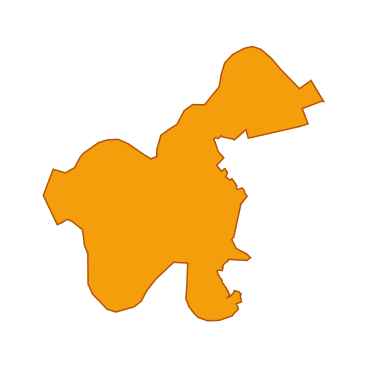 outline of Darayya, Rif Dimashq, Syria, rotated 79°
{"feature_id": "27442178B13792068888358", "entity_name": "Darayya", "entity_type": "district", "adm_level": 2, "iso_a3": "SYR", "parent_name": "Syria", "parent_adm1": "Rif Dimashq", "projection": "robinson", "projection_center": [36.249, 33.454], "detail": "fine", "context": "isolated", "style": "filled", "palette": "amber", "viewbox_px": 384, "rotation_deg": 79, "n_neighbors": 0, "source": "geoboundaries", "source_scale": "gbopen_adm2", "svg_char_len": 4378}
<svg xmlns="http://www.w3.org/2000/svg" viewBox="0 0 384 384"><g transform="rotate(79 192 192)"><path d="M128.5,45.4L105.2,53.9L111.1,66.8L96.0,76.7L87.8,82.0L76.1,88.5L65.1,97.1L60.8,104.7L60.9,112.8L64.6,125.5L71.4,135.2L82.0,140.8L93.9,145.3L108.8,163.1L106.3,174.6L110.5,183.9L122.8,194.0L126.2,202.7L130.5,211.8L143.6,218.4L150.4,219.9L151.7,226.0L148.0,230.0L147.1,231.0L146.6,231.5L146.1,232.0L145.1,233.0L144.8,233.3L143.6,234.5L132.6,245.3L126.2,254.4L124.7,265.7L125.8,274.7L133.4,291.4L136.8,295.5L145.7,302.6L149.1,312.7L143.2,323.9L167.0,338.6L198.4,330.5L197.2,325.4L195.0,319.8L198.0,315.3L208.2,306.7L224.4,307.7L232.7,306.0L262.5,311.6L273.3,309.1L291.1,297.5L295.3,289.4L293.6,270.6L289.4,262.5L280.4,255.4L271.1,244.8L257.5,223.5L260.9,209.8L281.6,214.6L292.5,217.5L295.3,218.4L303.8,216.9L311.3,213.3L316.2,210.0L321.3,201.5L323.2,190.1L321.2,175.9L318.9,173.4L316.0,169.0L315.1,168.7L310.2,169.9L309.2,164.4L304.2,164.5L302.6,164.1L301.1,163.1L300.9,163.5L300.7,163.8L300.2,164.6L299.7,164.7L298.8,165.1L297.0,169.1L296.9,169.2L297.8,169.9L299.3,170.8L299.8,171.6L300.1,172.0L300.4,172.6L300.9,173.2L301.1,173.4L301.2,173.5L301.3,173.7L301.4,173.9L301.4,174.1L301.7,174.9L301.9,175.4L302.0,175.9L302.2,177.0L301.8,176.6L300.8,175.5L300.0,174.8L299.9,174.8L299.8,174.7L299.7,174.7L299.3,174.7L298.3,175.1L297.8,175.4L297.7,175.4L297.6,175.5L297.3,175.5L297.2,175.5L296.9,175.5L296.7,175.5L296.3,175.6L296.1,175.6L295.9,175.7L295.8,175.8L295.6,175.9L295.4,176.0L295.2,176.2L295.0,176.3L294.9,176.4L294.7,176.4L294.0,176.5L293.4,176.5L292.9,176.7L292.3,176.9L291.4,177.4L290.7,177.8L289.6,178.2L288.9,178.4L288.5,178.6L288.1,178.7L287.7,179.0L287.3,179.4L287.2,179.4L287.1,179.5L286.9,179.6L286.7,179.7L286.2,179.7L285.9,179.7L285.7,179.6L285.4,179.5L284.9,179.3L284.0,179.5L283.6,179.6L283.4,179.6L283.2,179.7L283.0,179.8L282.9,179.9L282.8,180.0L282.6,180.1L282.4,180.4L282.2,180.5L281.9,180.8L281.7,181.0L281.4,181.1L281.1,181.2L279.8,181.4L278.8,181.6L278.5,181.7L278.0,182.0L277.7,182.2L277.3,182.3L277.1,182.3L276.7,182.2L276.4,182.1L275.5,182.3L275.3,182.4L274.8,182.5L274.2,182.5L274.0,181.8L273.7,180.9L273.8,180.6L274.3,179.1L274.4,178.4L274.9,177.2L273.8,176.8L273.0,176.5L272.1,176.1L271.5,175.8L271.2,176.7L270.5,176.0L270.2,175.8L269.9,175.6L269.3,174.8L269.0,174.5L268.3,173.4L267.8,172.6L267.6,172.2L267.4,171.7L266.9,170.6L266.8,170.4L266.7,170.2L266.4,169.8L266.3,169.6L265.8,169.2L265.1,169.1L265.2,168.8L267.5,159.8L268.4,156.0L268.5,155.6L269.3,152.7L269.7,150.9L269.2,150.3L268.5,149.1L268.0,148.3L267.7,147.8L267.6,147.3L267.6,147.2L267.3,147.4L266.5,147.9L264.0,149.5L263.8,149.7L263.5,149.9L263.3,150.1L263.1,150.3L262.9,150.5L262.7,150.7L262.5,150.9L260.8,153.1L258.6,156.0L256.8,158.2L256.1,158.9L256.0,159.0L255.8,159.2L255.7,159.3L255.3,159.5L255.2,159.6L251.7,160.5L248.0,161.5L247.2,161.8L246.9,161.8L246.7,161.9L246.5,162.0L246.3,162.1L246.1,162.2L244.2,159.6L213.6,146.5L213.1,146.7L212.8,146.4L213.1,146.1L212.9,145.9L212.1,144.9L211.1,143.8L210.1,142.7L209.9,142.4L209.4,141.8L208.3,140.6L207.5,139.7L206.7,138.7L205.5,139.2L205.0,139.5L204.9,139.6L204.7,139.7L204.5,139.8L204.3,139.9L204.1,139.9L204.1,140.0L203.9,140.1L203.7,140.1L203.3,140.2L203.1,140.3L202.9,140.3L202.6,140.4L202.4,140.4L202.2,140.4L201.0,140.3L198.6,141.4L197.5,142.1L198.3,146.4L197.5,147.5L195.7,147.5L194.4,146.8L193.6,147.6L193.4,147.5L193.3,147.4L193.2,147.4L192.9,147.4L192.7,147.5L186.8,150.2L186.7,150.2L186.7,150.3L186.6,150.5L187.4,151.9L187.7,152.4L183.6,155.9L180.2,153.8L180.1,153.7L179.9,153.7L179.7,153.6L179.4,153.6L179.2,153.6L178.9,153.6L178.7,153.7L178.6,153.8L178.4,153.9L175.6,155.1L175.4,155.2L175.4,155.3L175.3,155.5L175.4,155.8L175.5,155.8L177.4,159.1L170.5,162.7L164.5,154.3L157.0,158.7L151.8,159.3L147.8,159.8L144.3,160.5L143.1,158.7L144.6,156.1L144.6,155.9L143.3,154.1L143.1,153.4L142.4,152.7L143.1,152.0L143.4,151.6L143.6,151.4L143.9,151.1L144.0,150.9L144.1,150.7L144.5,149.9L144.6,149.5L144.9,149.0L145.2,148.1L145.5,147.2L146.1,145.9L146.8,144.2L147.3,142.8L147.4,142.6L147.5,142.5L147.6,142.3L147.7,142.1L148.9,140.6L147.9,138.7L146.9,136.8L146.0,135.3L144.6,133.0L143.4,131.0L141.8,128.5L141.1,127.1L148.7,126.6L149.9,126.5L149.9,126.2L148.2,73.7L148.3,73.6L148.2,73.5L147.2,65.1L131.0,67.9L130.7,65.0L129.0,55.6L128.7,53.6L127.5,46.4L128.5,45.5L128.5,45.4Z" fill="#f59e0b" stroke="#b45309" stroke-width="1.5"/></g></svg>